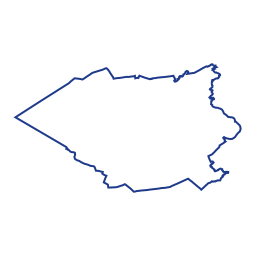 Kaunatas pag., Rezeknes, Latvia
{"feature_id": "27541924B36939981885438", "entity_name": "Kaunatas pag.", "entity_type": "district", "adm_level": 2, "iso_a3": "LVA", "parent_name": "Latvia", "parent_adm1": "Rezeknes", "projection": "equal_earth", "projection_center": [27.649, 56.307], "detail": "fine", "context": "isolated", "style": "outline", "palette": "blue", "viewbox_px": 256, "rotation_deg": 0, "n_neighbors": 0, "source": "geoboundaries", "source_scale": "gbopen_adm2", "svg_char_len": 5548}
<svg xmlns="http://www.w3.org/2000/svg" viewBox="0 0 256 256"><path d="M95.9,170.7L98.5,170.9L102.8,172.0L102.3,173.6L103.5,174.5L105.1,175.3L106.4,175.8L105.3,178.2L103.8,182.4L107.9,184.6L108.0,185.7L108.3,187.5L110.7,187.5L114.8,187.3L116.9,187.1L121.5,185.6L123.1,185.1L124.8,184.2L125.4,184.5L130.7,188.7L131.3,189.3L133.8,191.7L135.4,191.5L136.5,191.1L141.5,190.5L147.6,190.0L149.0,189.7L156.9,188.8L160.4,188.3L161.8,188.0L163.1,188.0L165.1,187.8L169.4,187.1L170.5,186.8L171.1,186.3L178.5,183.1L188.1,178.7L189.0,179.3L189.3,179.7L191.7,181.5L198.0,186.8L200.6,188.9L201.3,189.7L206.6,184.7L207.1,184.4L208.1,183.3L208.5,183.1L210.4,182.6L211.0,182.0L211.3,181.9L211.5,181.7L211.8,181.6L211.9,181.4L212.0,181.3L212.4,181.5L212.6,181.6L212.9,181.4L213.1,181.4L213.3,181.6L214.5,181.3L215.2,181.5L215.7,181.3L215.9,181.0L216.1,180.9L216.5,180.9L217.8,180.3L218.3,180.3L218.6,180.5L220.1,180.4L220.3,180.2L220.8,178.7L221.2,177.9L222.4,177.2L222.3,176.7L222.7,176.4L222.5,176.2L222.6,175.9L222.6,175.6L223.0,175.4L223.1,175.2L223.4,175.2L223.4,174.9L223.7,174.8L223.8,174.6L224.0,174.4L224.2,174.2L224.8,174.3L225.2,173.7L225.6,173.5L225.7,173.4L226.2,173.0L228.8,172.9L228.6,172.8L228.5,172.6L228.3,172.4L228.2,172.2L228.2,171.9L225.7,171.8L224.7,172.1L223.3,171.8L223.0,171.2L223.0,170.9L222.7,170.5L222.2,170.3L222.1,169.8L222.2,169.3L222.2,169.2L221.8,169.1L221.4,169.2L220.7,168.6L219.6,168.9L218.1,169.8L218.2,170.1L215.1,171.3L214.6,170.9L214.6,170.4L214.7,170.0L214.6,169.8L214.5,169.7L214.1,169.7L214.0,169.4L213.9,169.4L213.7,168.9L213.5,168.7L212.3,168.1L212.0,167.7L212.0,167.1L211.3,166.9L211.2,167.0L210.6,166.6L210.3,165.7L211.4,164.7L211.1,164.5L212.0,163.7L212.7,163.6L213.5,162.5L213.1,162.3L212.7,161.5L211.2,161.5L210.7,161.8L209.0,158.1L208.5,156.5L208.4,156.1L212.0,154.4L212.5,154.0L212.8,153.6L214.5,152.0L215.5,150.8L219.3,147.1L219.6,145.4L222.8,143.5L225.5,141.6L225.2,141.4L224.9,141.2L224.7,141.0L224.7,140.7L224.9,140.1L224.9,139.9L224.6,139.5L224.2,139.2L223.9,138.7L223.5,138.4L223.5,138.1L223.3,137.7L224.0,137.1L225.9,138.1L228.6,138.8L230.1,139.0L232.2,138.9L234.1,137.7L235.0,137.1L235.7,136.1L236.9,134.4L238.3,132.7L239.7,131.6L240.5,129.5L240.6,128.9L240.6,128.6L240.3,126.8L240.0,125.9L239.7,125.5L239.3,125.0L235.7,121.6L235.1,121.6L235.2,121.1L234.3,118.6L232.7,117.5L228.1,116.9L227.9,116.7L226.5,115.2L224.4,113.7L223.9,113.4L223.1,111.3L222.8,110.9L221.9,109.5L220.1,108.6L218.6,108.2L217.8,107.8L215.3,107.6L213.0,106.6L212.4,106.1L212.2,104.9L211.1,104.3L211.3,102.4L211.2,101.4L211.4,101.1L211.5,100.8L211.6,100.6L212.1,100.6L212.5,100.1L212.6,99.9L212.8,99.7L213.0,99.5L213.9,99.3L214.0,99.2L214.1,98.9L213.9,98.6L213.2,97.8L213.0,97.7L212.6,97.8L212.0,98.1L211.7,98.5L211.0,98.4L210.6,98.6L210.3,98.6L209.8,97.9L210.4,97.9L210.7,97.8L210.8,97.6L210.7,97.3L210.2,96.7L210.6,96.3L210.6,96.1L212.3,94.7L212.5,94.4L212.8,93.9L212.7,93.5L211.7,92.4L211.6,92.0L211.6,91.7L212.3,91.1L212.5,90.6L212.5,90.3L212.2,90.2L210.2,89.7L209.9,89.4L210.1,88.9L211.8,87.7L212.2,87.2L212.4,87.0L212.4,86.2L212.5,85.9L212.5,85.7L212.2,85.5L212.0,85.2L211.9,84.2L211.8,83.9L211.8,82.2L212.5,81.6L212.0,81.0L212.3,80.0L213.6,80.0L214.7,79.2L215.9,78.6L216.2,78.5L217.7,78.4L218.0,78.3L217.9,78.0L218.0,77.9L218.6,77.5L218.9,77.0L219.2,76.8L219.0,75.8L219.0,75.7L219.4,75.2L219.6,75.2L220.0,75.3L220.1,75.2L220.0,74.7L219.7,74.6L219.5,74.3L219.4,73.9L219.2,73.9L218.0,73.2L217.3,73.1L216.6,72.6L216.2,72.5L215.6,72.6L215.3,72.6L214.8,72.3L214.2,71.6L213.7,71.2L213.2,70.0L213.3,69.9L213.2,69.9L213.4,69.7L213.5,69.8L213.5,69.7L213.3,69.6L214.5,69.0L214.3,68.9L214.2,68.9L214.1,69.0L214.0,68.9L214.1,68.6L214.0,68.4L213.9,68.2L214.2,68.1L214.1,67.9L213.9,67.9L214.2,67.7L214.5,67.3L215.3,67.2L215.6,67.3L216.0,67.2L215.8,67.1L215.8,66.8L215.5,66.7L215.8,66.5L215.5,66.3L215.6,66.2L215.4,65.9L215.4,65.6L215.0,65.7L214.7,65.7L214.5,65.8L213.3,65.5L212.6,64.4L211.9,64.3L211.6,64.6L211.1,64.6L210.9,64.7L210.9,64.9L210.4,65.1L210.3,65.3L209.7,65.7L209.3,65.8L209.3,66.0L209.1,66.1L207.5,66.7L207.2,66.4L206.5,66.5L206.3,66.4L206.1,66.5L202.7,68.2L201.4,69.0L199.5,70.1L194.5,72.8L187.3,73.9L188.3,72.1L187.9,71.4L187.4,71.2L187.3,71.4L187.2,71.5L186.9,71.3L186.5,71.1L185.3,72.2L185.2,72.9L184.8,73.6L184.3,73.8L184.0,74.4L183.3,74.5L183.2,75.3L182.9,76.1L182.4,76.5L180.7,76.5L180.8,76.0L180.0,76.1L179.6,76.3L179.1,77.0L179.5,77.9L178.0,78.8L178.6,79.3L176.7,81.1L175.0,81.7L174.7,81.4L174.2,80.8L174.6,80.2L175.4,79.2L174.8,78.9L174.4,77.4L173.3,76.2L174.3,75.7L168.8,76.5L163.6,77.1L162.0,77.2L157.1,77.7L156.1,78.0L152.3,78.4L152.3,78.7L152.0,78.9L151.3,79.0L150.3,78.9L149.9,79.2L144.6,77.6L139.4,75.7L139.1,76.5L138.6,77.2L138.4,78.0L137.3,77.8L135.4,78.3L135.4,77.7L134.9,77.1L134.9,75.9L133.4,76.3L127.9,77.0L126.9,76.8L124.3,77.2L121.4,77.7L119.0,78.0L117.0,78.1L113.6,78.7L113.0,77.0L112.5,76.4L109.8,72.4L109.3,71.2L108.7,70.7L108.0,69.6L106.4,68.2L105.2,68.5L103.8,69.2L102.3,69.8L100.3,70.4L93.4,72.5L92.5,72.9L92.1,73.0L89.8,74.7L87.7,76.0L84.9,77.9L84.8,78.0L82.5,79.5L79.9,78.9L74.6,78.3L71.0,81.2L68.9,83.2L41.7,100.4L15.4,117.3L66.4,147.1L66.7,147.6L66.6,148.0L66.5,148.3L66.8,148.2L67.1,148.4L66.9,148.7L67.0,149.1L67.8,149.3L67.8,149.7L68.0,149.8L68.6,150.0L69.2,150.3L69.9,151.2L70.4,151.6L70.9,151.9L71.7,152.1L72.5,152.2L73.5,152.2L74.9,152.8L75.1,154.4L75.1,155.0L74.4,156.8L74.9,158.8L75.4,159.2L77.0,160.2L79.4,161.0L81.0,162.1L84.1,163.6L88.5,164.9L89.3,165.3L89.9,165.7L90.8,165.8L91.1,166.0L92.9,166.1L94.2,166.5L94.8,167.5L95.9,170.7Z" fill="none" stroke="#1e3a8a" stroke-width="2"/></svg>